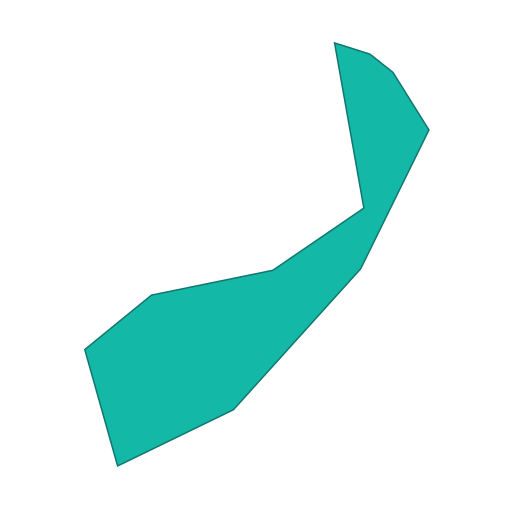 the state/province of Aitutaki, rotated 273°
{"feature_id": "COK-4951", "entity_name": "Aitutaki", "entity_type": "state/province", "adm_level": 1, "iso_a3": "COK", "parent_name": "Cook Islands", "parent_adm1": "", "projection": "albers", "projection_center": [-158.934, -19.256], "detail": "fine", "context": "isolated", "style": "filled", "palette": "teal", "viewbox_px": 512, "rotation_deg": 273, "n_neighbors": 0, "source": "natural_earth", "source_scale": "10m", "svg_char_len": 313}
<svg xmlns="http://www.w3.org/2000/svg" viewBox="0 0 512 512"><g transform="rotate(273 256 256)"><path d="M390.9,422.1L248.7,361.2L101.3,241.5L39.1,128.8L153.6,89.9L211.5,153.7L242.6,273.5L309.5,361.2L472.9,323.3L463.5,359.3L446.5,383.2L390.9,422.1Z" fill="#14b8a6" stroke="#0f766e" stroke-width="1.5"/></g></svg>